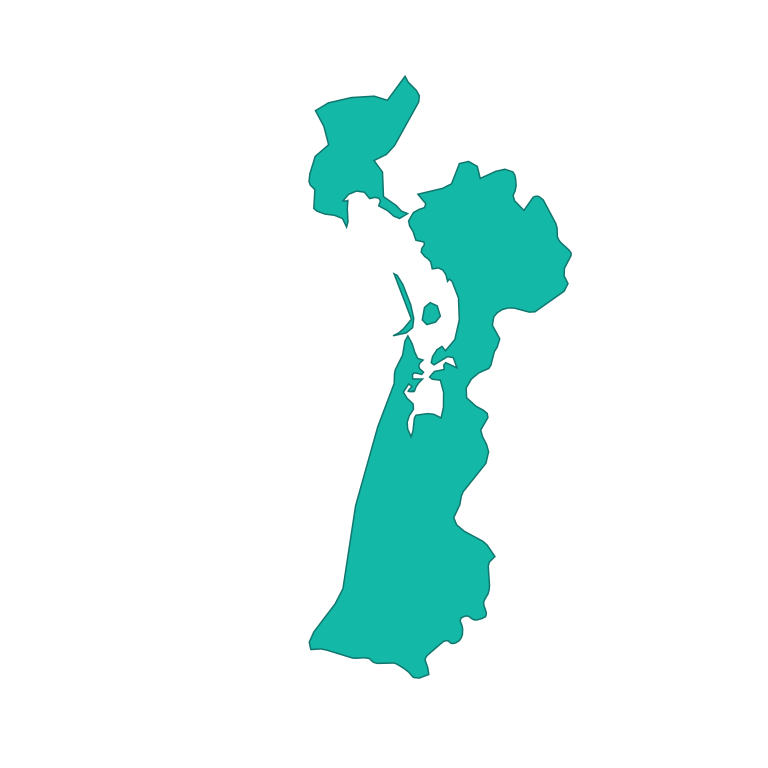 an SVG outline of Venezia, rotated 129°
{"feature_id": "ITA-5461", "entity_name": "Venezia", "entity_type": "Province", "adm_level": 1, "iso_a3": "ITA", "parent_name": "Italy", "parent_adm1": "", "projection": "natural_earth1", "projection_center": [12.445, 45.457], "detail": "fine", "context": "isolated", "style": "filled", "palette": "teal", "viewbox_px": 768, "rotation_deg": 129, "n_neighbors": 0, "source": "natural_earth", "source_scale": "10m", "svg_char_len": 3774}
<svg xmlns="http://www.w3.org/2000/svg" viewBox="0 0 768 768"><g transform="rotate(129 384 384)"><path d="M636.4,273.7L636.4,273.8L631.7,279.6L620.8,282.5L585.7,283.6L568.9,287.1L496.4,329.5L421.2,361.9L377.2,376.4L369.7,382.1L366.1,384.1L349.9,387.7L337.5,394.7L331.6,395.7L335.1,387.3L340.0,380.0L342.9,373.9L340.8,368.7L345.1,369.3L348.0,368.5L349.7,365.9L349.9,360.7L352.9,360.7L355.0,365.5L356.8,367.8L359.0,367.6L362.0,364.9L355.9,357.2L361.0,357.7L365.8,357.4L370.3,355.9L371.1,357.2L371.4,356.4L372.9,358.1L374.3,360.2L374.4,360.7L372.9,360.9L368.4,360.7L368.4,364.9L378.2,363.8L380.6,356.9L381.1,349.0L385.0,345.2L392.9,344.4L399.3,341.8L404.2,337.1L407.9,329.8L402.5,331.8L391.2,339.0L388.1,339.5L379.6,331.5L376.2,326.3L374.4,318.3L364.9,323.0L353.0,332.4L345.6,342.6L349.9,349.5L349.9,353.0L342.5,352.7L334.9,346.4L331.6,349.5L328.6,349.5L325.5,337.5L319.9,346.7L322.7,351.8L337.7,357.2L337.7,360.7L332.2,363.5L324.1,364.4L318.3,362.6L319.5,357.2L304.9,356.9L286.7,365.9L270.3,380.2L261.4,395.7L261.4,399.2L264.2,399.2L260.2,404.5L258.4,409.8L259.5,414.7L264.2,418.9L259.8,424.4L259.0,428.4L259.3,432.5L258.1,438.1L254.7,440.0L250.5,440.2L248.5,442.2L252.2,449.7L247.2,457.4L245.1,463.5L241.8,467.5L232.3,469.0L226.4,466.7L221.4,463.5L217.6,465.0L215.2,477.1L195.2,461.7L185.9,457.5L165.2,464.1L157.8,458.3L156.2,448.4L163.7,438.6L148.4,431.0L141.0,425.2L138.1,417.4L139.2,414.1L141.5,411.1L146.7,406.1L151.7,403.5L156.2,402.4L159.5,397.7L161.0,384.5L145.1,385.6L143.7,385.0L142.5,384.1L141.5,382.9L140.8,381.2L140.7,376.2L151.0,351.8L153.8,347.7L160.3,342.1L161.9,339.3L162.8,335.9L163.5,324.4L164.5,320.9L166.6,319.4L180.5,316.6L186.6,312.1L190.2,304.2L198.5,302.4L232.9,312.1L236.8,316.5L243.1,330.7L246.9,335.5L251.8,339.0L257.2,340.8L262.6,341.0L270.1,336.8L276.1,322.4L284.3,319.2L289.5,318.6L302.0,312.8L305.9,312.3L315.6,317.3L325.2,319.2L335.5,317.6L342.7,311.1L343.4,298.3L341.9,290.8L341.9,285.3L344.7,282.1L358.9,279.9L363.1,274.0L366.3,266.5L370.9,260.0L381.5,254.9L417.9,254.7L422.3,253.4L430.1,249.1L444.0,245.7L447.8,238.8L447.9,228.7L444.0,208.0L444.3,202.4L448.3,189.2L456.0,190.1L459.9,188.4L474.3,175.1L477.9,172.7L481.5,171.1L489.2,169.9L491.6,168.7L493.6,166.5L495.0,164.0L497.5,160.4L499.2,159.2L501.2,158.7L504.8,160.4L508.1,162.7L509.5,164.0L510.6,165.5L511.1,167.4L511.2,169.4L511.1,171.1L511.6,172.8L513.1,174.7L516.6,176.6L518.8,176.4L520.5,175.4L521.4,173.5L522.8,171.2L525.0,168.6L529.5,165.3L532.8,164.2L535.9,164.0L538.1,164.6L540.3,165.5L541.9,166.7L543.0,168.2L543.5,170.0L543.1,172.0L544.1,174.0L546.8,175.8L566.9,179.5L570.0,179.5L572.2,178.7L573.5,177.1L576.9,171.5L581.6,166.4L590.3,171.5L593.3,176.0L593.5,177.3L592.4,183.2L592.5,189.1L593.3,195.7L593.8,198.5L594.5,200.6L605.2,213.2L606.6,216.2L607.0,217.9L606.9,218.8L606.6,222.7L608.0,225.3L610.1,228.1L614.6,233.0L616.8,236.1L627.0,261.4L629.7,266.5L636.4,273.7ZM237.6,487.0L238.7,479.2L236.7,472.9L245.6,476.1L247.4,482.1L247.0,490.3L248.9,500.2L244.0,502.0L242.8,504.9L244.6,508.4L248.9,511.8L247.3,520.0L251.4,526.8L258.9,530.9L267.4,531.1L266.1,529.0L265.7,528.7L264.1,527.6L270.7,523.0L280.6,514.1L285.6,511.8L281.5,520.5L284.1,528.7L289.1,536.8L291.8,544.8L291.8,549.0L276.5,560.0L275.8,566.5L273.8,569.7L267.3,573.9L250.4,580.7L232.9,577.6L221.6,592.9L214.7,609.3L200.6,604.2L182.0,589.7L166.5,572.8L161.4,559.9L131.6,561.3L134.2,555.2L135.5,543.5L137.7,538.0L143.0,534.5L192.0,525.9L204.0,526.6L216.6,532.4L220.3,518.5L238.7,502.3L237.6,487.0ZM305.6,413.1L314.4,402.1L322.2,397.2L330.3,398.9L340.8,407.3L335.1,404.7L329.1,403.6L316.4,403.4L292.0,445.5L291.3,442.1L294.9,431.8L305.6,413.1ZM295.8,382.9L303.5,382.9L310.9,388.1L310.1,394.6L305.7,397.0L299.0,400.7L291.7,399.3L289.8,391.8L295.8,382.9Z" fill="#14b8a6" stroke="#0f766e" stroke-width="1.5"/></g></svg>